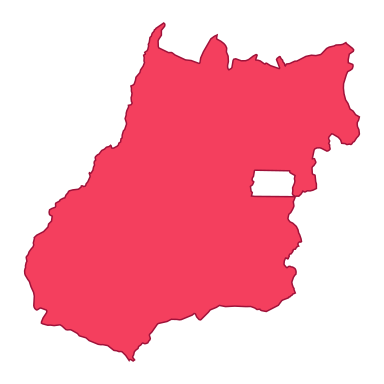 the border of Goiás
{"feature_id": "BRA-1294", "entity_name": "Goiás", "entity_type": "State", "adm_level": 1, "iso_a3": "BRA", "parent_name": "Brazil", "parent_adm1": "", "projection": "albers", "projection_center": [-49.017, -15.943], "detail": "fine", "context": "isolated", "style": "filled", "palette": "rose", "viewbox_px": 384, "rotation_deg": 0, "n_neighbors": 0, "source": "natural_earth", "source_scale": "10m", "svg_char_len": 5891}
<svg xmlns="http://www.w3.org/2000/svg" viewBox="0 0 384 384"><path d="M346.5,43.6L352.6,48.4L353.7,49.9L353.3,51.3L349.3,54.1L348.2,59.9L348.3,62.7L352.6,64.4L353.0,65.0L353.0,66.5L352.3,68.7L350.4,70.2L347.7,71.6L346.4,74.5L343.6,83.6L343.4,88.0L344.0,93.7L345.6,99.9L348.0,103.5L350.0,109.0L353.1,111.1L355.6,114.7L359.4,116.9L358.6,120.1L357.3,122.4L357.2,124.6L357.5,126.7L358.9,129.7L359.4,134.0L358.6,135.8L356.6,137.9L354.3,141.5L353.0,142.2L351.7,144.0L350.9,144.5L349.5,144.1L346.9,144.6L345.1,143.6L341.7,143.3L340.6,139.9L338.3,137.3L332.9,134.1L331.7,133.8L329.2,136.6L328.6,138.0L328.8,139.3L329.7,141.0L328.7,143.4L329.7,145.0L329.6,146.5L330.1,148.8L330.0,149.3L329.2,150.1L328.0,150.9L326.9,151.1L321.4,148.3L319.9,147.8L316.9,147.9L314.8,148.9L314.1,150.1L312.4,158.2L312.4,158.8L314.0,158.6L314.5,158.8L315.8,162.0L315.8,162.7L313.9,165.5L312.5,166.7L312.0,167.8L312.3,173.5L313.2,174.5L314.8,175.0L315.1,175.5L315.7,181.6L316.4,183.9L316.4,188.5L312.9,190.2L310.1,190.9L307.4,190.8L305.3,191.9L304.2,191.9L302.9,191.1L301.1,194.0L298.8,196.2L296.4,196.1L295.0,196.7L294.8,198.2L293.3,201.8L293.9,205.7L293.8,206.6L292.7,209.1L290.8,212.5L288.8,214.3L287.9,218.5L288.6,220.1L290.1,221.9L292.7,223.1L296.3,226.4L298.0,229.8L298.7,233.0L299.6,234.6L301.0,238.7L301.5,241.5L300.8,242.1L299.4,241.9L298.2,243.1L297.8,244.1L298.7,246.1L297.8,246.3L296.5,247.3L295.4,249.2L294.2,249.2L293.1,250.0L293.1,250.8L292.5,251.0L292.6,251.8L292.2,252.4L291.0,253.9L290.2,253.8L289.0,255.4L289.2,256.6L288.2,257.9L288.3,258.6L287.6,258.9L286.0,258.0L285.5,258.1L284.3,261.0L284.0,264.1L284.4,265.1L286.6,267.6L287.3,267.6L288.5,266.5L290.0,266.3L291.1,266.9L292.7,267.1L294.2,268.0L295.0,268.6L295.8,270.2L296.1,272.0L295.9,274.2L294.7,275.3L293.4,277.4L291.8,282.1L292.2,284.4L293.2,287.3L294.0,288.4L294.0,289.6L295.3,293.0L292.6,294.2L292.0,295.2L290.7,295.9L289.8,296.9L288.9,297.0L288.5,297.8L282.8,300.0L281.7,300.7L278.3,305.3L266.3,311.5L261.6,310.6L260.4,310.0L259.9,309.2L257.0,309.5L254.8,308.0L250.8,306.5L245.9,306.6L234.7,306.1L225.5,306.6L219.4,305.4L216.5,307.3L210.2,309.9L208.4,312.2L201.0,319.6L200.3,319.9L199.0,319.5L196.7,316.9L195.4,313.9L194.1,313.5L192.2,315.1L181.2,319.6L179.5,319.8L176.7,319.4L171.3,319.3L167.1,321.5L158.7,323.4L157.5,324.0L151.8,332.1L149.5,334.4L149.4,335.4L150.3,338.4L149.9,339.9L149.2,340.4L147.7,342.9L145.8,343.6L144.6,343.7L142.8,343.0L141.9,343.5L140.9,344.9L138.6,346.5L138.0,348.5L135.7,350.2L134.3,351.9L133.6,355.0L132.7,356.6L132.7,357.4L134.6,359.9L133.1,361.0L131.1,359.7L130.1,359.5L129.4,359.7L129.1,360.4L125.7,355.4L122.2,351.9L121.0,351.5L118.9,351.6L116.9,350.8L113.9,350.4L107.8,345.6L102.8,344.6L100.9,344.7L98.2,344.3L89.2,340.6L86.0,337.8L79.3,335.8L77.5,333.5L71.5,330.1L70.3,329.7L67.4,329.9L65.9,329.6L62.0,326.0L60.1,324.8L54.1,325.6L50.7,325.1L47.6,325.2L42.6,323.8L41.4,323.1L41.5,321.8L43.1,317.9L46.5,312.8L46.9,311.0L46.2,310.0L40.8,308.0L39.8,308.2L37.4,309.8L36.4,309.9L34.9,308.6L34.1,307.1L33.8,305.6L34.3,296.1L33.6,292.4L31.0,286.7L29.4,281.6L27.8,279.4L25.3,275.2L24.8,273.7L24.6,270.9L25.1,268.6L25.5,268.0L25.5,265.5L26.2,262.6L26.9,261.3L26.2,257.5L26.4,256.7L28.1,254.7L29.1,251.8L31.7,248.2L32.6,247.5L33.5,245.7L33.7,244.8L33.3,243.0L34.4,238.4L34.2,237.6L36.7,235.2L43.6,231.6L48.0,227.0L48.6,224.0L51.5,221.1L52.2,216.2L50.0,215.0L49.4,214.2L49.1,212.1L49.6,209.8L51.8,208.5L55.2,207.3L55.7,206.3L55.5,203.9L55.8,203.1L59.6,201.0L59.8,200.3L60.4,199.7L63.5,198.1L64.8,197.9L66.0,195.0L68.0,192.7L68.5,191.5L69.4,190.8L72.7,189.9L78.5,189.2L81.1,187.0L81.4,185.9L82.6,185.9L83.7,186.5L85.2,186.1L85.7,185.5L86.1,183.9L87.8,181.8L90.1,176.7L90.0,175.5L89.2,173.3L89.5,172.7L90.6,173.3L91.2,172.9L92.9,170.2L93.5,167.1L94.5,165.1L94.1,162.9L94.4,161.3L95.6,160.2L95.2,157.5L95.6,156.6L97.5,154.8L98.9,154.2L101.7,150.5L104.5,149.1L106.4,147.2L109.2,146.5L110.6,145.3L111.2,146.0L111.6,147.9L112.7,148.2L113.6,148.1L117.2,146.2L118.3,145.1L118.9,143.1L120.6,141.9L121.0,138.8L122.1,137.9L122.2,135.0L123.4,130.9L124.7,129.5L126.5,124.2L126.4,122.7L125.1,118.6L126.2,115.0L126.2,113.2L126.8,110.8L128.6,106.9L128.4,105.3L131.0,104.8L132.0,103.5L132.0,102.4L131.4,101.4L131.1,97.7L131.7,95.7L132.0,93.2L131.4,91.1L131.4,88.0L130.9,86.0L132.8,85.2L134.2,84.0L135.4,80.5L136.0,77.2L139.9,72.6L140.6,69.9L143.1,66.2L144.5,62.6L144.0,61.0L144.2,57.6L143.6,55.2L145.3,54.1L145.3,53.4L144.7,52.6L144.9,52.2L147.0,50.8L147.8,49.4L148.6,46.0L148.3,44.3L149.2,42.5L150.0,37.4L151.3,36.3L152.2,33.3L154.0,31.3L154.4,29.9L155.6,29.1L155.9,28.4L163.7,23.0L164.7,23.9L164.9,24.9L164.6,26.3L161.4,30.3L161.4,35.2L158.7,39.4L158.1,40.8L158.3,46.6L158.8,47.9L168.5,52.6L171.3,52.5L172.3,52.9L175.0,55.0L185.5,59.9L191.1,60.5L198.9,63.4L199.5,63.3L200.0,62.5L200.7,57.9L203.5,51.6L210.9,38.8L214.5,36.2L217.1,35.0L216.6,37.9L216.9,39.1L220.8,41.2L223.8,43.5L225.5,45.5L226.7,48.1L226.4,52.0L228.1,56.1L228.4,61.5L227.6,65.3L227.6,67.1L228.0,68.8L228.9,69.8L231.0,68.6L231.9,67.6L233.1,60.4L233.8,59.2L235.8,58.8L241.3,60.8L245.8,60.7L248.6,59.6L253.3,56.0L256.0,54.6L256.8,54.7L257.1,55.3L256.0,58.6L255.7,59.7L255.9,60.1L257.9,60.2L260.2,60.9L264.4,63.9L265.1,64.0L265.9,63.2L266.6,63.2L270.4,65.6L279.1,68.6L279.5,68.5L279.6,67.6L276.5,59.6L277.1,58.4L279.4,56.6L280.1,56.7L281.1,58.7L282.6,60.2L282.9,61.7L284.4,63.5L284.9,65.6L285.3,65.9L286.5,64.0L289.6,63.6L294.7,61.2L296.8,61.1L305.9,56.4L311.4,55.2L315.9,55.6L320.5,54.6L321.7,53.7L326.6,48.5L329.2,47.1L334.0,46.0L336.0,45.0L340.6,44.8L342.8,44.3L345.9,42.6L346.5,43.6ZM294.7,196.1L292.8,194.8L292.4,193.6L292.8,190.8L292.6,187.8L294.5,183.2L294.9,181.0L294.4,178.8L295.0,175.5L290.3,172.8L289.7,171.9L289.6,170.8L254.9,170.2L254.4,170.8L253.5,176.3L252.4,177.9L252.1,179.9L252.5,180.7L253.8,181.9L252.5,184.8L250.4,186.4L251.1,191.2L252.3,192.5L251.5,196.0L254.7,196.4L295.0,196.7L294.7,196.1Z" fill="#f43f5e" stroke="#9f1239" stroke-width="1.5"/></svg>